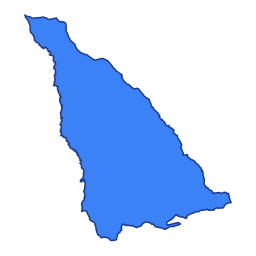 the district of Brezoi, Vâlcea, Romania
{"feature_id": "2599482B31107068375666", "entity_name": "Brezoi", "entity_type": "district", "adm_level": 2, "iso_a3": "ROU", "parent_name": "Romania", "parent_adm1": "Vâlcea", "projection": "mercator", "projection_center": [24.205, 45.404], "detail": "fine", "context": "isolated", "style": "filled", "palette": "blue", "viewbox_px": 256, "rotation_deg": 0, "n_neighbors": 0, "source": "geoboundaries", "source_scale": "gbopen_adm2", "svg_char_len": 5697}
<svg xmlns="http://www.w3.org/2000/svg" viewBox="0 0 256 256"><path d="M213.7,210.3L214.8,208.9L216.1,207.9L218.9,208.3L219.6,207.9L222.4,208.1L223.6,207.3L224.7,205.2L226.0,204.1L228.8,202.7L230.9,202.7L230.7,201.3L229.9,199.9L229.8,199.0L229.1,197.3L229.4,196.2L228.4,194.6L228.5,193.4L226.7,193.7L226.1,192.5L224.1,192.3L222.7,193.0L220.5,193.3L219.7,192.6L215.8,192.8L213.6,193.7L213.2,192.6L212.4,192.3L211.9,191.0L208.8,189.4L208.2,188.7L208.2,188.1L207.5,187.9L207.2,187.3L206.0,187.6L206.0,187.0L205.2,186.3L205.3,185.7L204.6,185.0L203.9,183.3L204.3,181.9L204.1,180.7L204.4,179.8L204.2,178.9L203.6,178.2L203.7,176.6L203.2,175.6L203.0,174.5L202.8,173.2L203.1,172.2L202.4,171.3L201.7,171.1L202.1,170.6L201.7,170.2L201.8,169.8L201.2,169.4L200.9,167.8L199.9,167.2L197.8,164.3L195.8,163.2L195.1,161.6L192.1,159.7L190.9,159.7L190.7,159.1L187.6,156.9L187.7,155.6L187.2,154.6L183.5,155.3L183.0,152.6L181.8,149.9L181.8,149.0L180.7,148.1L181.5,146.1L181.5,143.9L180.4,143.0L180.3,141.6L178.9,140.0L178.6,138.9L177.8,138.1L177.1,135.3L175.9,135.1L175.3,134.3L173.4,132.9L173.5,131.9L173.9,131.2L173.9,129.9L172.4,128.9L171.8,128.1L170.9,128.4L169.9,127.0L169.0,126.8L168.9,125.7L168.4,126.2L165.9,125.2L164.8,122.5L163.6,121.2L162.6,120.8L162.1,119.5L161.5,119.7L160.2,118.4L159.3,117.1L159.2,116.6L159.8,116.3L159.4,115.8L159.3,114.8L158.0,113.9L157.9,113.0L153.8,109.2L152.9,107.2L151.3,106.2L150.8,103.5L150.2,102.7L149.2,99.7L148.6,98.9L146.7,98.1L145.6,97.1L144.4,96.5L143.6,95.1L143.1,94.8L142.9,94.1L141.6,92.9L138.7,89.0L137.2,88.3L134.2,88.9L131.8,87.4L129.2,84.8L127.2,84.2L126.5,83.7L126.3,83.1L125.3,82.5L123.2,80.3L122.4,78.3L121.6,77.3L121.6,76.1L122.0,76.2L122.1,75.5L121.5,74.4L119.1,73.1L117.4,71.6L116.5,71.4L114.7,68.9L113.1,67.8L112.2,66.0L107.8,60.8L102.8,58.4L100.8,58.6L99.3,59.3L97.6,59.4L96.1,60.0L94.7,60.0L92.1,58.7L87.0,54.9L85.6,54.4L84.4,54.4L83.0,53.4L81.2,53.0L77.9,50.2L75.8,47.2L74.8,44.2L70.8,40.9L68.5,36.7L67.2,32.9L66.1,31.3L66.2,26.9L65.9,23.9L65.0,22.6L63.0,21.8L62.3,22.1L61.6,21.7L59.4,21.6L58.2,20.5L56.3,18.0L50.9,19.1L50.1,19.5L48.4,19.3L46.1,17.9L42.6,17.0L40.9,17.5L33.0,18.2L31.8,17.9L29.8,16.7L27.0,16.3L25.1,15.4L25.6,17.3L28.1,20.6L29.9,25.1L30.2,27.1L30.1,29.9L30.6,32.2L31.6,33.4L32.1,33.5L32.9,34.5L33.7,36.6L34.2,36.9L34.3,38.0L34.2,39.4L34.5,40.1L35.6,41.6L39.1,43.7L39.3,44.0L39.1,44.9L40.5,45.6L41.9,47.7L43.2,47.6L43.5,48.7L44.0,48.5L44.2,47.8L44.8,47.2L46.3,47.7L46.4,48.3L47.2,48.9L47.7,50.0L48.5,50.7L48.2,51.4L48.4,51.7L48.7,51.9L49.3,51.4L50.4,52.1L50.4,53.6L50.2,54.2L49.5,54.5L49.9,55.1L52.7,55.5L53.4,57.0L53.9,57.4L53.7,58.3L53.1,59.1L53.4,60.2L53.4,60.8L54.1,61.5L54.8,61.6L54.4,62.7L55.2,62.9L55.6,63.4L55.4,64.2L55.7,64.5L54.1,66.0L53.8,68.5L55.2,69.1L55.6,71.3L55.2,72.6L55.9,73.4L55.0,74.7L54.4,75.0L54.7,75.7L54.5,76.8L54.9,78.1L55.3,78.7L54.8,79.6L55.0,81.1L54.8,81.7L54.3,81.9L54.5,82.7L54.2,83.2L54.3,84.7L53.6,85.3L53.6,85.6L54.3,85.7L55.5,85.2L56.8,86.5L57.6,86.3L57.9,86.6L58.0,86.9L57.6,87.4L57.5,88.9L57.7,89.4L58.1,89.6L57.9,90.6L58.5,91.4L58.4,92.5L59.6,93.9L59.6,94.8L60.4,95.0L59.9,95.9L61.1,97.1L61.1,97.5L60.1,97.9L59.7,98.5L59.8,99.4L60.1,99.7L59.7,101.8L60.6,102.8L61.1,104.1L61.1,105.0L62.1,105.2L62.4,105.8L61.5,106.7L61.9,107.5L61.7,108.2L62.0,109.5L61.2,110.4L61.2,111.6L60.5,112.7L60.6,114.2L61.1,115.8L60.8,117.0L61.3,117.4L62.2,117.4L62.4,117.8L60.9,118.7L61.8,119.3L61.7,120.3L62.0,120.8L61.1,122.1L60.9,123.9L60.0,124.4L61.4,126.0L61.1,128.3L60.5,129.6L60.5,130.1L61.0,130.5L61.0,130.9L60.3,131.7L61.2,132.3L61.2,132.9L61.7,133.5L61.3,134.1L61.3,134.7L60.8,135.5L62.7,135.6L62.8,136.7L63.8,137.0L64.4,137.8L65.7,137.4L66.2,137.8L66.5,138.6L66.3,139.2L66.6,139.7L66.3,140.2L66.3,140.6L66.8,141.3L67.9,141.2L68.2,142.7L69.2,143.1L69.1,143.6L68.4,144.1L68.3,144.8L69.8,145.8L69.6,146.2L70.0,146.8L70.0,147.5L70.6,147.8L71.2,148.7L72.7,148.6L73.0,149.6L73.5,150.0L74.1,149.7L74.3,150.2L74.0,150.8L74.2,151.0L76.4,150.8L76.1,152.3L77.2,152.7L77.4,153.1L77.1,153.9L77.9,154.1L77.5,155.4L79.0,156.5L79.3,158.0L80.2,158.5L80.3,158.9L79.8,160.0L81.3,160.7L81.1,161.8L80.0,163.0L81.7,165.6L81.4,167.6L81.6,168.0L83.3,169.2L83.9,171.3L83.5,172.7L83.4,174.9L83.6,175.6L82.8,178.1L80.5,180.1L80.8,180.9L80.5,181.5L81.3,181.9L82.6,181.2L84.3,179.5L84.9,181.0L84.4,181.8L84.8,182.1L85.4,184.0L84.9,185.2L84.6,189.6L84.1,190.1L83.7,191.3L84.7,193.7L84.9,197.0L84.0,197.8L84.4,198.6L84.1,200.0L82.7,201.3L81.8,202.9L81.6,205.0L82.0,206.1L82.2,208.1L81.8,211.3L84.8,210.6L86.7,211.4L87.0,212.4L89.0,216.7L90.0,217.8L89.5,218.8L89.6,219.3L91.4,221.2L92.4,221.4L94.8,223.0L95.3,225.7L96.0,227.1L96.1,229.6L97.7,234.6L100.2,236.2L101.3,237.8L103.7,237.1L106.7,237.5L108.5,238.3L110.8,240.4L112.5,240.6L113.5,240.2L115.7,240.1L116.7,239.0L116.7,237.9L117.2,236.4L117.2,234.8L118.9,232.8L119.8,232.5L120.1,231.5L120.6,230.8L121.5,230.3L121.5,229.7L121.8,229.1L121.3,228.6L120.9,227.5L121.8,226.5L121.9,225.2L122.5,224.1L123.5,224.3L124.6,225.1L126.0,225.1L126.7,225.5L126.8,225.1L127.4,224.9L128.7,225.5L133.5,226.0L134.5,226.8L136.7,227.5L141.2,225.9L141.7,224.8L143.4,223.1L144.4,222.7L145.2,221.9L146.5,221.9L149.9,222.8L151.0,223.4L151.6,224.2L153.1,224.1L155.6,226.8L162.5,228.2L164.5,229.2L165.5,229.2L170.4,226.5L172.7,226.4L173.6,226.7L174.4,226.0L178.4,225.0L180.4,224.0L179.3,223.0L177.5,222.6L168.4,224.9L167.3,224.6L166.6,223.8L166.7,222.6L167.2,222.0L172.1,219.0L176.2,214.5L176.9,214.6L177.2,215.7L178.0,215.8L179.3,216.6L180.1,216.4L181.4,217.2L183.1,216.9L184.4,217.9L186.2,218.3L186.9,217.6L186.6,216.5L187.8,215.4L190.7,213.8L194.0,212.8L196.6,211.5L198.4,211.9L200.6,210.4L206.2,209.8L207.4,209.2L208.4,210.2L209.8,210.3L211.7,210.0L213.7,210.3Z" fill="#3b82f6" stroke="#1e3a8a" stroke-width="1.5"/></svg>